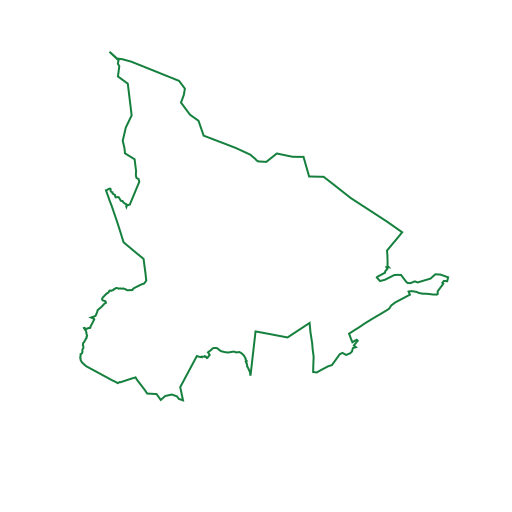 San Juan Bautista Valle Nacional, Oaxaca, Mexico, rotated 104°
{"feature_id": "50627088B61539725949690", "entity_name": "San Juan Bautista Valle Nacional", "entity_type": "district", "adm_level": 2, "iso_a3": "MEX", "parent_name": "Mexico", "parent_adm1": "Oaxaca", "projection": "robinson", "projection_center": [-96.283, 17.82], "detail": "fine", "context": "isolated", "style": "outline", "palette": "green", "viewbox_px": 512, "rotation_deg": 104, "n_neighbors": 0, "source": "geoboundaries", "source_scale": "gbopen_adm2", "svg_char_len": 5963}
<svg xmlns="http://www.w3.org/2000/svg" viewBox="0 0 512 512"><g transform="rotate(104 256 256)"><path d="M413.7,291.9L402.6,297.3L401.6,297.8L367.4,289.2L367.4,288.8L367.5,287.8L367.5,285.8L367.5,285.7L367.3,284.1L366.8,284.2L365.9,280.6L365.7,280.7L365.8,280.2L366.4,279.8L366.6,279.3L366.9,279.0L366.5,278.4L365.5,278.1L365.2,277.9L364.8,277.7L363.2,277.0L361.1,279.3L360.8,279.1L360.0,278.4L359.2,277.8L358.3,277.0L356.5,275.9L356.0,275.5L355.5,274.6L355.2,273.6L354.9,272.6L354.9,271.5L355.3,270.3L356.2,268.6L356.5,267.8L356.8,266.9L356.8,265.2L356.8,263.0L356.6,260.8L356.2,259.2L355.1,256.8L354.3,255.0L354.1,253.3L354.4,252.0L353.2,248.9L354.0,246.2L355.0,244.5L355.6,243.5L357.0,242.3L358.2,241.1L358.8,241.1L359.8,240.3L360.1,239.7L360.9,240.4L361.6,239.7L362.1,239.3L362.5,239.2L362.6,238.9L362.9,238.9L364.2,238.2L364.8,237.9L364.9,238.0L365.0,238.0L365.1,237.8L365.4,237.6L365.9,237.3L366.0,237.2L366.4,236.7L366.6,236.5L367.4,236.0L367.6,235.8L368.1,235.3L369.2,234.6L370.0,233.8L370.4,233.6L370.6,233.6L372.7,232.8L373.0,232.6L373.4,232.4L329.3,238.2L328.9,232.0L327.4,205.7L308.0,187.8L316.6,184.8L327.3,180.3L331.9,178.8L339.8,175.7L348.0,174.0L354.7,172.5L354.3,168.9L351.0,165.4L348.5,162.6L345.8,159.6L343.4,155.9L331.1,151.0L329.1,148.7L330.2,144.6L327.6,141.1L325.5,139.8L321.9,139.7L320.3,137.0L319.1,139.4L313.6,136.8L312.9,138.0L314.8,140.1L316.4,141.6L313.0,144.1L309.6,146.4L308.8,146.9L305.8,144.0L305.0,143.3L303.1,141.5L301.5,139.9L298.7,137.3L296.5,135.4L295.5,134.5L292.2,131.3L290.7,129.8L289.5,128.7L287.7,126.8L286.4,125.5L285.7,124.8L284.5,123.6L283.1,122.1L281.9,120.9L279.0,118.0L278.0,117.0L275.0,114.1L271.4,112.9L267.3,109.6L256.3,97.3L253.6,99.4L253.2,98.8L253.1,98.2L252.9,97.7L252.7,97.2L252.5,96.7L252.4,96.1L252.3,95.6L252.2,95.0L252.2,94.5L252.2,93.9L252.2,93.3L252.1,92.6L252.0,92.3L252.0,91.9L252.0,91.2L252.2,90.5L252.3,89.7L252.5,88.9L252.4,88.1L252.3,87.4L252.4,86.2L252.2,85.5L252.2,84.7L252.0,83.9L251.8,83.1L251.5,82.3L251.4,81.2L251.3,80.8L251.3,80.4L251.1,79.5L250.9,78.6L250.9,77.5L250.7,76.3L250.6,75.7L250.6,75.2L250.2,73.6L249.7,71.2L248.9,70.5L246.4,71.2L237.7,67.6L237.0,68.7L234.7,67.6L234.2,64.4L230.2,64.4L229.4,72.6L230.4,77.6L235.7,81.2L242.5,92.7L242.2,95.8L245.0,99.6L245.5,102.5L244.7,104.0L239.3,110.7L240.2,114.6L241.0,117.2L247.9,125.2L250.3,129.6L247.6,133.6L246.9,133.3L241.0,126.8L239.5,126.9L236.9,125.5L235.4,126.7L234.9,124.3L233.8,126.0L231.6,126.5L227.7,127.5L225.3,128.2L223.5,128.7L219.1,130.2L217.0,129.2L214.9,128.2L210.9,126.3L206.1,123.9L197.6,119.9L191.1,136.8L176.8,178.2L169.0,195.5L162.8,209.5L166.0,223.7L148.3,233.9L150.9,244.4L151.3,255.4L151.5,260.6L162.2,268.8L163.7,276.8L163.5,277.0L163.2,278.3L162.4,279.6L162.0,280.1L159.9,284.4L159.1,285.8L156.0,302.3L151.9,335.9L138.7,344.5L134.9,354.2L125.3,365.9L117.1,365.0L110.8,365.5L104.7,373.0L97.6,424.1L97.4,433.5L98.0,438.7L96.3,441.7L93.3,447.6L97.3,440.5L99.4,436.7L102.8,436.6L104.8,434.6L107.2,434.3L115.2,433.4L119.8,422.1L149.3,410.8L149.8,410.7L162.8,413.4L176.4,413.2L182.8,409.9L188.1,407.9L191.5,397.2L202.6,392.9L206.0,392.3L208.3,391.4L209.2,390.8L209.8,388.5L211.2,387.8L212.3,387.2L228.1,389.6L236.7,390.9L237.1,391.7L237.9,393.4L239.7,393.6L239.4,393.8L237.2,394.3L236.8,395.9L236.0,397.8L235.1,398.5L234.9,399.2L235.1,399.7L235.1,400.5L232.5,403.1L232.2,403.5L232.2,404.1L233.0,406.4L232.0,407.2L231.0,407.4L230.1,410.3L229.0,410.6L228.7,411.8L228.5,412.5L227.5,413.0L226.3,413.2L225.9,413.8L226.2,414.7L228.5,417.1L228.6,417.4L238.0,411.2L242.4,408.1L256.0,399.3L260.5,396.5L263.6,394.6L264.2,394.2L265.2,393.6L271.0,390.1L274.8,387.7L276.7,383.8L278.2,380.7L281.9,373.1L286.0,364.4L293.9,361.3L299.7,359.0L306.5,356.5L309.8,357.9L311.3,360.3L316.6,366.5L317.7,367.3L318.6,367.7L318.9,367.7L319.2,368.4L319.3,368.9L319.5,370.1L319.8,370.6L320.0,371.2L320.2,371.8L320.4,373.0L320.3,373.3L320.1,373.7L319.9,374.3L319.8,374.8L319.8,375.5L319.7,376.0L319.6,376.7L319.7,377.2L319.9,377.6L320.2,378.4L320.3,379.3L320.3,380.0L320.5,380.5L320.9,381.1L320.8,382.0L320.7,382.9L320.8,383.6L321.1,384.3L321.7,384.7L322.2,385.2L322.6,385.9L323.4,386.1L323.7,386.5L324.0,387.2L324.7,387.8L324.9,388.5L324.8,389.3L325.0,389.7L325.6,390.0L326.0,390.1L326.8,390.2L327.1,390.4L327.6,390.7L327.9,391.2L328.6,391.8L329.1,392.0L329.4,392.4L329.8,392.5L330.7,393.2L332.1,393.8L332.5,394.2L333.3,394.6L333.7,394.8L334.2,394.9L334.8,394.9L335.6,394.7L336.0,394.2L336.2,393.5L336.2,392.4L336.3,391.4L336.9,390.7L337.7,390.3L338.3,390.9L339.1,391.6L341.3,392.8L342.4,393.4L346.9,396.6L347.3,396.6L347.8,396.5L348.3,396.5L350.7,396.8L351.1,397.0L351.6,396.9L352.1,397.1L352.7,397.2L353.1,397.5L353.5,397.9L354.0,398.7L355.6,401.2L356.1,398.1L356.6,397.6L365.0,399.6L365.6,399.4L366.0,399.6L366.1,400.1L366.4,400.8L366.5,401.4L366.9,401.7L367.4,402.2L367.7,402.7L367.7,403.2L367.7,403.9L367.5,404.4L367.2,405.0L367.5,405.5L368.0,405.1L368.4,404.5L368.9,404.0L369.6,403.3L370.0,402.7L370.7,402.4L371.2,402.1L371.6,401.9L372.3,401.8L373.1,401.3L373.6,401.0L374.3,400.6L374.8,400.7L375.4,400.9L376.0,400.6L376.6,400.6L377.3,400.9L377.6,401.2L378.7,401.2L379.3,401.4L379.8,401.6L380.4,401.8L381.2,402.0L381.7,402.3L382.0,402.6L383.0,402.6L383.6,402.6L384.5,402.4L384.9,402.0L385.5,401.6L386.0,401.5L387.1,401.3L387.7,401.5L388.1,401.6L388.9,401.7L389.5,401.7L390.0,401.5L390.5,401.3L391.7,401.2L392.5,401.3L392.9,401.7L393.5,402.2L393.8,402.5L394.7,402.2L395.5,401.9L396.4,402.1L397.3,402.0L397.9,401.3L398.1,401.3L398.6,401.3L399.1,401.1L399.5,400.9L399.9,400.5L400.3,400.1L400.7,399.8L401.1,399.4L401.3,399.0L401.7,398.6L402.0,398.2L402.1,397.6L402.4,397.2L402.6,396.8L402.9,396.4L403.2,396.0L403.3,395.4L403.5,395.0L403.8,394.6L404.0,394.2L411.6,364.7L411.6,364.1L412.8,359.3L411.3,357.8L411.3,357.0L404.6,346.4L404.1,345.4L402.9,343.5L404.6,341.9L412.9,331.5L413.6,330.7L415.8,328.3L414.0,319.1L418.7,313.6L413.8,310.2L410.8,304.2L411.3,298.8L413.3,296.3L413.7,291.9Z" fill="none" stroke="#15803d" stroke-width="2"/></g></svg>